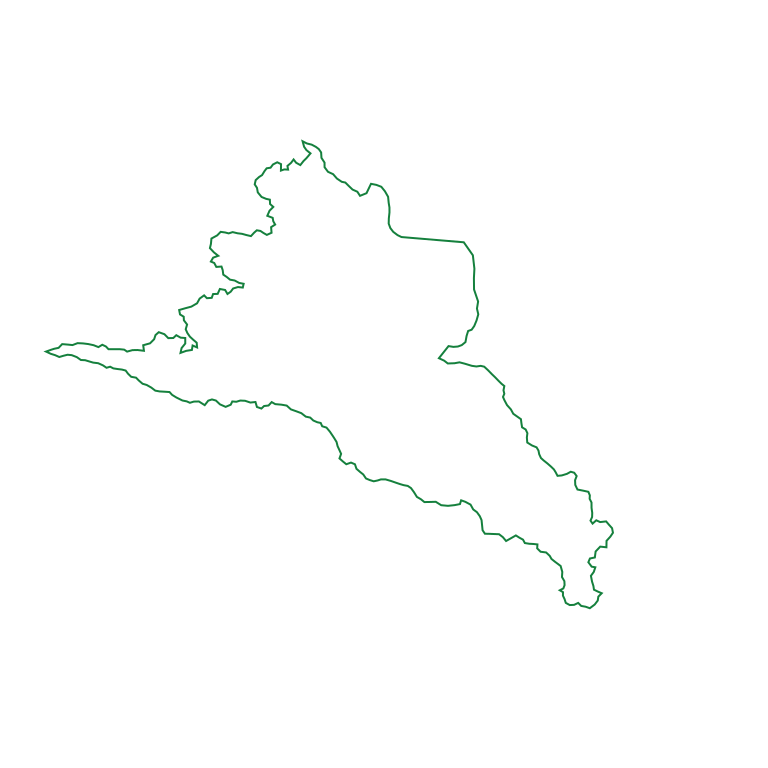 the district of Aurora do Tocantins, Tocantins, Brazil, rotated 214°
{"feature_id": "56859067B18425923118279", "entity_name": "Aurora do Tocantins", "entity_type": "district", "adm_level": 2, "iso_a3": "BRA", "parent_name": "Brazil", "parent_adm1": "Tocantins", "projection": "albers", "projection_center": [-46.425, -12.638], "detail": "fine", "context": "isolated", "style": "outline", "palette": "green", "viewbox_px": 768, "rotation_deg": 214, "n_neighbors": 0, "source": "geoboundaries", "source_scale": "gbopen_adm2", "svg_char_len": 5244}
<svg xmlns="http://www.w3.org/2000/svg" viewBox="0 0 768 768"><g transform="rotate(214 384 384)"><path d="M180.1,415.7L182.1,411.8L185.5,407.6L188.8,404.9L192.3,406.8L195.4,408.2L199.3,408.9L204.0,409.5L209.0,409.9L212.5,410.4L216.1,412.6L218.7,415.2L222.1,416.8L226.9,415.8L232.5,415.6L235.7,419.6L237.6,423.4L241.1,425.5L245.3,425.3L248.2,428.4L250.8,431.4L255.6,431.5L260.2,431.6L264.6,433.9L270.2,435.3L275.1,437.9L278.1,439.8L278.8,443.2L281.4,445.6L283.1,449.6L286.6,449.9L290.9,450.7L295.6,451.7L300.2,452.5L305.5,453.6L310.6,454.4L314.0,453.1L317.2,450.2L321.3,448.2L328.4,446.0L333.5,444.2L337.2,440.6L342.6,436.7L347.2,437.0L352.9,436.1L351.7,451.5L347.2,453.6L343.7,456.4L341.3,459.7L339.9,464.3L342.4,470.0L343.9,475.0L341.7,478.0L341.6,482.5L342.8,488.4L344.8,494.5L349.1,498.5L352.1,505.0L362.2,512.7L368.7,522.1L373.5,530.1L382.3,540.4L397.1,546.1L451.7,515.6L456.0,515.0L461.4,515.3L465.9,516.8L469.8,519.6L472.6,524.0L475.4,529.3L478.2,533.4L481.4,536.8L485.3,541.5L491.0,544.3L496.5,546.0L501.7,544.8L506.7,542.7L506.1,538.5L505.2,532.4L509.1,526.6L513.6,528.5L518.8,527.6L524.1,528.5L528.7,529.4L532.1,528.0L537.9,528.0L543.5,529.5L549.1,528.6L554.5,530.5L557.1,534.3L562.3,536.5L565.6,540.8L569.4,542.3L573.1,542.5L577.8,542.0L582.4,540.3L587.2,539.7L582.9,536.0L579.0,534.5L573.9,534.1L574.6,527.8L575.4,523.9L575.8,518.7L580.6,518.3L584.5,519.6L584.7,515.4L586.0,510.8L583.4,508.1L586.7,506.1L588.8,503.3L592.3,508.7L596.5,508.1L598.8,503.9L599.0,499.9L601.9,497.2L602.1,493.6L601.9,489.0L603.3,485.8L604.4,481.3L602.8,477.2L599.0,475.6L595.8,472.3L590.1,470.6L585.2,471.6L581.7,473.0L579.1,469.5L574.8,468.9L575.8,463.7L574.8,458.2L569.2,459.5L566.8,457.0L563.4,455.3L565.3,450.9L561.8,446.5L564.5,442.1L568.3,441.8L572.0,441.8L575.4,440.3L576.3,436.8L577.0,432.2L581.5,430.5L585.7,429.1L589.6,427.1L594.4,425.3L597.0,422.0L600.4,420.8L604.5,418.8L605.4,413.9L608.4,408.1L605.8,403.3L604.3,399.3L598.5,398.0L593.1,397.6L596.3,393.2L596.0,388.7L592.4,389.4L588.5,387.3L584.4,390.5L581.4,388.2L578.4,384.8L574.3,384.8L570.0,384.4L565.7,386.3L560.6,386.8L556.4,388.6L555.0,385.0L559.3,382.7L562.5,378.8L562.7,374.8L564.1,371.1L568.3,373.1L573.2,371.0L572.3,365.7L576.0,363.0L575.0,359.1L578.8,356.1L582.7,356.9L584.6,351.7L584.1,346.4L587.0,340.4L591.0,335.8L595.2,330.8L592.0,327.6L587.7,327.8L585.5,324.9L580.5,323.2L579.0,318.5L575.5,316.3L571.4,314.7L566.8,314.0L562.4,313.5L559.4,309.8L564.2,308.9L562.3,304.8L566.5,300.9L570.1,296.0L571.9,300.6L571.4,306.4L574.5,311.0L578.5,308.7L583.5,308.3L584.4,304.3L588.5,301.4L593.9,302.5L599.7,301.0L600.8,296.8L599.6,292.6L600.7,286.9L605.3,281.5L601.6,277.3L607.4,274.3L611.5,271.4L615.1,267.2L618.6,267.2L622.5,265.1L627.5,261.7L631.9,258.8L635.5,259.6L639.5,259.0L641.4,254.9L646.4,253.8L651.6,251.7L656.3,249.3L660.9,246.5L664.0,242.1L668.1,239.9L673.1,237.1L674.0,232.0L677.1,228.8L679.3,226.0L682.3,221.9L677.1,222.7L672.8,224.0L668.3,224.8L665.5,228.2L662.7,231.3L659.0,233.3L653.7,234.5L648.7,234.4L645.1,236.6L640.9,237.9L637.1,239.1L632.6,241.4L627.4,242.3L623.1,242.3L620.7,245.2L617.1,245.6L613.1,247.5L609.4,249.4L605.7,250.7L602.0,249.4L597.6,248.6L593.1,250.6L589.3,249.8L584.3,249.2L580.2,250.5L574.9,250.9L569.9,250.6L565.8,252.4L561.6,254.9L557.3,257.4L553.6,256.5L548.6,256.7L541.9,257.6L537.8,259.3L534.4,259.9L531.8,263.1L527.7,266.0L524.2,266.1L520.8,266.2L520.4,271.9L518.0,275.0L514.1,276.3L508.6,275.4L502.5,276.5L499.5,281.1L500.0,284.7L496.5,286.7L493.9,289.9L489.8,292.4L484.4,293.9L480.5,297.2L476.5,293.9L471.9,295.1L471.1,298.7L467.7,301.6L467.0,306.2L462.9,306.5L457.5,309.5L452.6,311.7L447.0,310.9L441.6,312.3L436.2,313.6L430.6,313.2L426.4,314.9L422.2,314.2L417.9,315.0L414.7,316.3L411.6,314.4L407.3,315.7L402.1,314.2L395.5,311.5L390.9,309.4L387.7,306.5L384.2,304.4L380.5,302.1L379.3,297.4L374.8,296.8L370.4,296.4L367.4,300.4L363.2,301.2L359.4,298.3L354.5,297.7L350.6,297.4L346.1,295.6L342.1,296.4L338.1,297.6L335.3,300.5L333.2,303.2L329.3,305.8L324.0,307.5L318.7,308.9L314.7,310.0L311.2,311.1L307.3,312.8L303.4,312.8L298.7,311.1L293.6,308.8L289.0,309.1L284.5,308.7L280.5,311.5L275.2,315.3L268.8,315.5L262.8,318.8L257.8,323.0L253.9,326.9L255.0,330.7L250.7,331.8L244.8,332.4L239.9,329.9L235.3,329.7L230.7,328.0L227.0,325.7L224.0,322.1L220.5,317.9L216.6,316.3L213.2,318.5L209.3,320.9L204.6,323.8L199.8,323.5L195.0,322.1L192.6,326.9L190.0,332.2L185.8,332.3L181.7,332.7L178.3,330.9L174.2,332.8L170.9,334.8L167.1,336.8L165.1,333.4L160.4,332.5L155.4,335.0L150.5,334.2L147.3,332.6L142.3,332.2L135.8,331.9L131.1,327.9L128.5,323.5L124.2,321.4L121.8,318.2L121.0,314.8L122.9,311.3L119.2,311.5L117.3,308.6L114.1,306.7L110.9,304.2L106.4,304.6L102.9,307.2L100.6,311.1L96.4,310.3L92.3,312.1L88.0,313.2L86.0,319.0L85.7,324.0L87.4,327.6L86.5,332.3L90.6,331.5L94.9,330.9L97.5,333.7L101.0,336.5L105.2,340.7L105.0,345.5L106.3,350.2L109.7,348.7L114.9,350.5L115.7,354.5L112.2,358.1L114.9,363.5L113.8,370.1L108.3,373.0L111.8,378.4L111.0,384.0L111.0,388.7L114.3,392.0L118.7,393.1L123.0,394.3L127.6,390.4L131.8,389.7L133.0,384.9L136.4,386.2L137.1,390.1L139.3,393.6L142.7,397.4L145.7,401.8L149.3,403.8L151.1,406.8L154.3,408.9L159.1,407.0L164.6,404.7L169.0,407.3L171.8,411.1L172.8,415.4L176.7,416.8L180.1,415.7Z" fill="none" stroke="#15803d" stroke-width="2"/></g></svg>